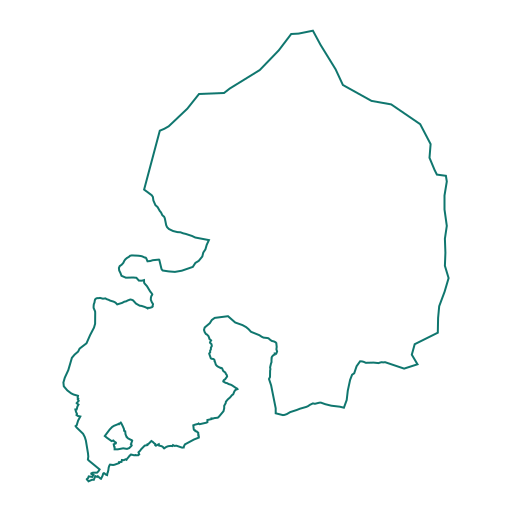 the district of Lagelu, Oyo, Nigeria
{"feature_id": "59680162B50724647943907", "entity_name": "Lagelu", "entity_type": "district", "adm_level": 2, "iso_a3": "NGA", "parent_name": "Nigeria", "parent_adm1": "Oyo", "projection": "mercator", "projection_center": [3.986, 7.522], "detail": "fine", "context": "isolated", "style": "outline", "palette": "teal", "viewbox_px": 512, "rotation_deg": 0, "n_neighbors": 0, "source": "geoboundaries", "source_scale": "gbopen_adm2", "svg_char_len": 6029}
<svg xmlns="http://www.w3.org/2000/svg" viewBox="0 0 512 512"><path d="M437.8,332.7L438.1,317.9L439.2,306.2L444.6,291.7L448.6,278.1L444.9,265.8L445.4,252.7L444.9,238.7L446.8,225.9L444.5,209.5L444.5,195.5L446.8,181.5L445.9,175.8L436.9,174.6L434.5,169.8L429.5,157.8L430.6,144.1L420.2,124.2L391.2,104.4L371.5,100.9L342.9,85.0L335.6,69.3L320.5,44.8L312.9,30.7L298.6,33.6L291.2,34.0L278.8,50.3L259.8,70.0L229.8,88.5L224.0,93.0L199.0,94.0L187.3,108.7L168.7,126.3L164.3,128.8L159.8,130.7L144.1,189.6L151.8,195.3L152.9,197.0L153.4,200.5L155.4,205.1L157.6,207.1L159.8,211.0L161.0,212.4L162.4,215.3L164.1,216.7L164.8,218.3L166.2,225.2L167.1,227.2L168.9,229.0L173.0,231.0L177.4,232.1L180.5,232.3L183.1,233.3L185.7,233.9L192.1,236.0L195.2,237.5L208.9,240.1L206.7,244.9L205.4,249.4L203.3,252.5L202.3,256.5L198.7,260.9L195.4,262.9L192.8,266.9L181.8,270.7L174.9,271.9L168.6,271.4L162.7,270.5L161.7,269.4L161.4,268.6L159.3,259.9L159.0,259.6L152.8,260.2L150.3,261.0L147.5,261.3L146.2,258.2L145.6,257.6L144.8,257.6L142.3,256.4L140.7,256.0L138.2,255.7L131.8,255.4L130.0,255.8L129.0,256.8L126.9,258.0L125.3,259.4L124.3,260.8L123.3,262.9L121.7,264.7L119.7,266.1L118.9,268.0L119.2,270.5L120.4,272.9L121.5,275.8L125.9,277.7L133.2,277.5L136.4,277.8L138.9,280.6L141.9,280.7L144.0,280.1L144.1,282.4L144.4,283.3L147.0,286.2L150.3,291.7L151.0,292.4L152.3,294.3L152.0,295.1L151.6,295.6L151.3,296.2L150.9,297.8L150.8,299.7L151.9,302.4L152.9,303.8L153.0,304.6L152.6,305.6L152.7,306.5L151.9,307.2L149.6,307.9L147.6,307.9L147.5,308.3L146.7,307.8L144.6,306.9L141.5,305.9L139.7,305.7L136.0,303.6L133.1,300.4L131.8,299.8L130.3,299.5L127.6,300.5L126.2,301.3L124.3,301.7L122.1,302.9L117.2,304.4L115.9,303.0L114.8,302.2L113.5,301.6L110.1,300.6L108.8,299.9L106.5,299.1L105.5,298.4L102.9,298.7L100.0,297.9L99.0,298.1L97.3,298.1L96.3,298.4L95.1,299.4L94.7,301.0L94.5,302.4L93.8,304.3L93.6,306.2L93.6,307.9L95.1,311.4L95.2,313.0L95.1,323.8L94.0,327.6L90.1,335.1L86.5,343.3L79.6,348.6L78.1,351.6L74.6,354.6L71.9,357.8L68.3,370.1L64.8,377.7L63.4,382.5L63.8,386.3L67.3,390.4L71.1,393.3L73.5,394.5L78.0,395.8L77.6,397.9L78.3,398.7L77.8,399.5L78.7,400.8L76.7,403.1L77.5,403.9L78.5,404.6L77.4,406.5L76.9,408.6L76.6,408.9L76.6,409.4L75.4,409.5L76.0,411.8L77.0,414.0L76.5,415.0L77.7,415.9L80.3,416.5L78.1,420.6L76.7,425.2L75.6,426.1L76.5,427.4L83.1,433.8L84.8,437.1L85.9,440.7L88.0,453.4L88.3,456.6L87.9,459.6L89.1,460.8L99.6,469.4L98.4,471.3L97.0,472.7L93.1,472.7L92.4,472.8L91.3,473.4L91.4,474.0L93.4,474.9L92.3,476.9L88.7,476.4L88.1,478.0L86.8,479.2L86.8,479.4L88.2,480.8L88.5,481.3L92.0,479.8L92.8,479.7L93.8,479.8L95.3,476.1L97.1,476.9L97.8,476.2L100.5,478.6L101.0,478.8L102.5,475.9L103.2,473.6L103.6,473.2L104.2,473.2L106.0,474.7L107.1,475.1L107.5,472.9L108.0,471.8L108.0,471.3L108.3,470.5L108.7,467.5L109.4,465.5L110.0,464.6L113.1,465.0L114.6,464.7L119.1,463.1L119.0,462.2L121.5,461.9L121.9,460.0L123.8,460.2L125.5,459.3L126.5,459.8L127.0,458.9L128.8,456.8L129.8,455.4L130.4,455.3L131.0,454.5L134.2,455.3L135.6,455.0L135.9,455.3L138.3,455.2L138.6,454.7L139.2,454.4L138.5,452.3L140.2,450.6L141.0,449.4L144.7,445.6L147.4,445.1L147.4,444.3L148.5,443.9L151.4,441.0L153.0,442.1L154.5,443.6L155.2,443.9L155.2,445.2L155.9,445.7L158.8,444.2L159.1,445.6L161.7,446.2L163.3,447.3L163.7,448.1L164.1,448.4L166.3,446.9L168.2,446.2L170.8,445.9L172.4,446.1L173.0,445.1L174.4,445.9L176.4,445.7L182.0,447.6L182.8,447.6L183.4,447.3L183.7,447.4L184.0,446.2L184.9,444.4L194.0,439.5L198.8,437.6L198.8,436.1L198.3,435.7L198.3,435.2L198.5,434.7L198.2,434.2L198.3,432.9L197.9,432.4L197.5,432.3L196.7,431.4L195.4,431.2L195.2,430.4L194.3,430.1L193.9,429.7L193.7,429.0L193.3,425.3L195.2,424.6L198.1,423.9L198.6,423.5L199.1,424.0L199.6,424.2L206.3,422.7L207.4,422.2L207.4,420.0L211.5,419.1L211.5,418.4L213.3,418.5L214.3,418.1L217.8,417.7L219.0,416.6L223.5,411.2L224.2,408.2L224.2,405.8L225.7,403.1L225.9,401.7L227.8,399.4L230.1,397.4L231.9,395.2L233.2,394.3L234.4,391.3L235.5,389.9L237.5,389.1L237.3,388.7L235.8,387.9L232.3,385.5L230.8,384.7L228.4,384.0L227.5,383.3L225.5,382.8L223.3,381.5L223.5,380.6L224.0,380.0L225.2,379.2L227.1,376.5L226.8,375.1L225.8,373.7L225.3,372.5L223.5,371.2L223.1,370.7L222.2,368.6L221.8,368.1L220.8,367.8L220.6,368.0L217.9,366.6L216.8,365.8L215.8,364.6L215.0,361.9L214.6,361.5L214.6,360.4L214.2,359.6L213.3,359.0L211.4,358.7L210.8,358.3L209.3,354.0L209.2,353.5L210.2,352.2L210.1,350.8L210.9,349.3L210.9,347.6L211.7,346.3L211.8,345.9L211.5,344.2L210.0,342.7L210.3,341.7L211.1,340.4L209.3,338.8L209.2,337.9L208.4,336.0L206.9,334.5L205.8,333.9L204.6,331.9L204.0,329.9L204.7,327.5L209.8,323.2L211.8,320.0L214.7,317.9L228.0,316.2L235.2,322.5L242.5,325.1L246.1,327.1L248.5,329.1L251.0,331.8L259.4,335.2L261.6,336.7L263.5,337.6L267.2,338.0L268.5,338.3L269.8,339.5L271.7,340.9L274.1,341.5L275.6,342.3L276.3,343.1L276.7,346.9L276.4,349.3L277.1,351.5L276.2,353.7L274.7,353.5L274.7,354.6L273.8,354.9L272.8,355.7L271.9,356.9L271.5,358.1L271.7,358.7L271.5,359.5L271.5,362.2L271.0,363.5L270.1,367.4L270.4,369.1L270.1,370.7L270.0,377.0L269.0,379.0L271.1,385.3L275.7,408.3L275.7,413.3L282.9,415.1L284.5,414.9L286.8,414.1L290.2,412.1L296.7,410.0L300.0,408.7L306.3,406.9L308.1,406.1L309.8,404.9L312.9,403.4L314.9,403.8L319.3,402.7L320.8,402.6L325.3,404.2L331.3,405.7L339.8,406.7L343.9,407.7L346.7,400.0L347.8,390.6L350.1,379.9L352.1,374.7L354.2,373.3L356.6,366.2L360.1,361.3L361.9,361.4L363.6,361.8L365.8,362.8L373.6,362.6L378.6,363.1L379.9,362.6L381.6,362.2L383.2,362.4L385.1,362.2L404.1,368.6L417.5,364.3L411.8,354.7L414.7,344.2L437.8,332.7ZM104.8,436.0L109.7,429.5L112.1,427.0L114.0,425.8L117.5,424.4L118.8,423.7L119.1,424.1L120.8,422.6L121.3,423.3L122.8,426.3L124.0,429.1L124.1,430.8L125.2,431.3L125.5,434.2L126.6,437.0L127.0,437.1L127.2,437.6L128.1,438.4L131.0,439.9L131.6,440.0L132.2,440.7L131.4,442.9L131.3,443.5L130.9,444.2L131.7,445.3L131.4,445.9L129.2,448.1L127.0,448.9L123.2,448.3L118.0,449.3L114.6,449.3L114.6,447.0L114.2,446.8L113.7,444.3L115.8,443.4L115.9,442.6L114.1,441.4L113.4,440.5L111.6,441.1L106.7,437.6L104.8,436.0Z" fill="none" stroke="#0f766e" stroke-width="2"/></svg>